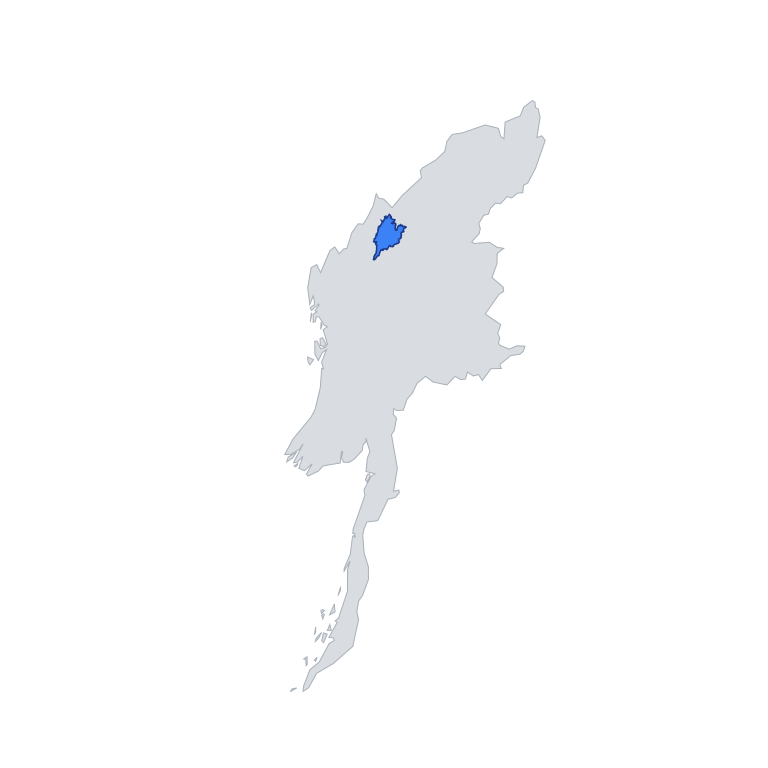 Kale, Sagaing, Myanmar shown in context, rotated 24°
{"feature_id": "60261553B8221618130624", "entity_name": "Kale", "entity_type": "district", "adm_level": 2, "iso_a3": "MMR", "parent_name": "Myanmar", "parent_adm1": "Sagaing", "projection": "equal_earth", "projection_center": [94.431, 22.954], "detail": "fine", "context": "in_parent", "style": "filled", "palette": "blue", "viewbox_px": 768, "rotation_deg": 24, "n_neighbors": 0, "source": "geoboundaries", "source_scale": "gbopen_adm2", "svg_char_len": 9179}
<svg xmlns="http://www.w3.org/2000/svg" viewBox="0 0 768 768"><g transform="rotate(24 384 384)"><path d="M472.4,340.7L466.5,337.0L462.2,340.4L455.5,339.1L456.3,346.4L452.5,348.8L445.8,348.1L441.9,359.3L428.0,362.2L418.9,360.1L413.9,370.0L413.6,381.3L411.2,388.2L412.3,400.0L406.4,403.1L402.8,402.4L404.8,407.9L409.4,410.2L412.3,422.5L411.4,427.2L430.5,455.6L436.3,478.0L440.8,474.9L442.2,477.2L440.4,483.1L434.6,487.7L433.9,511.4L424.5,517.0L424.8,525.0L426.0,530.6L434.5,546.4L444.0,557.2L449.3,568.8L450.4,585.7L449.1,592.7L451.7,602.9L456.6,609.6L462.2,636.4L451.3,660.1L440.1,675.7L438.7,692.2L435.1,697.7L433.4,692.5L432.5,675.2L437.9,664.3L439.5,643.1L443.0,638.6L441.1,636.5L436.7,637.9L438.2,620.9L435.7,620.2L437.7,616.6L434.9,588.2L426.2,568.2L425.0,559.6L423.7,571.2L422.7,568.9L422.4,553.3L417.3,536.2L417.8,534.7L420.1,536.2L418.0,532.3L416.3,533.2L414.8,529.0L411.9,493.7L408.7,488.7L409.8,473.6L412.2,469.7L403.2,471.3L398.9,458.5L398.6,451.5L389.5,440.9L391.1,444.2L389.6,447.8L391.1,453.7L387.4,464.8L383.8,469.9L378.9,471.9L375.0,468.8L374.1,462.9L372.6,462.8L376.1,474.0L361.7,483.6L359.5,490.2L352.1,499.0L349.8,497.9L350.9,486.0L346.6,495.5L340.5,495.7L339.3,483.1L336.8,490.4L333.3,492.7L334.4,471.7L333.4,477.8L327.6,486.1L322.0,488.8L323.2,471.5L330.8,444.1L331.4,435.1L327.3,413.3L320.7,395.0L322.6,394.7L318.1,389.5L317.5,376.0L314.8,380.8L314.5,389.3L308.8,384.9L303.4,373.1L305.5,372.0L311.8,377.6L315.3,374.5L316.3,370.7L306.4,359.2L308.9,354.5L305.7,354.6L297.2,349.1L294.8,350.1L295.9,355.0L294.1,356.4L290.9,348.9L293.3,345.3L291.2,345.2L292.6,338.6L291.8,337.6L287.8,346.3L285.5,344.3L288.1,339.9L287.1,337.3L283.5,332.2L283.8,341.4L275.1,327.0L270.1,307.3L274.0,302.3L280.8,308.1L280.3,284.0L283.2,278.8L290.1,283.1L292.2,277.0L294.9,275.4L293.1,258.8L295.3,248.2L300.0,246.4L301.1,237.8L301.7,226.2L299.5,213.3L303.7,216.4L308.5,215.2L319.7,219.6L323.9,204.6L334.3,180.2L330.4,174.5L331.1,171.1L340.2,158.3L344.9,146.9L342.8,136.7L344.7,128.3L353.1,123.0L371.1,106.2L384.5,103.9L390.1,110.5L393.8,111.1L388.1,95.4L399.4,83.7L399.0,74.5L404.2,64.8L407.2,65.1L410.0,69.9L412.9,69.9L418.2,77.0L423.4,96.6L427.2,93.1L432.2,95.9L434.7,125.0L433.6,141.9L430.6,145.8L433.0,152.8L428.3,155.3L425.1,162.1L420.3,162.6L417.1,172.0L412.3,173.3L409.7,180.6L410.4,186.2L406.5,189.4L405.3,198.9L408.7,202.7L409.8,207.8L406.3,218.5L409.3,218.9L422.5,211.7L431.9,213.1L438.2,211.4L434.3,218.7L438.3,228.2L439.3,242.8L453.4,246.9L455.7,250.7L452.6,255.2L448.0,278.9L466.5,282.3L467.2,291.4L471.1,294.8L471.8,299.9L474.3,301.5L484.2,301.2L489.9,295.0L497.4,292.2L497.9,297.5L496.3,301.3L488.1,306.6L482.7,317.6L482.3,320.0L484.9,322.1L475.5,326.5L472.4,340.7ZM309.0,366.7L314.9,371.1L313.8,374.4L310.1,374.6L307.2,368.8L309.0,366.7ZM428.1,605.1L432.0,612.2L428.2,617.0L428.1,605.1ZM308.4,396.7L305.3,394.1L303.2,390.4L309.8,390.4L308.4,396.7ZM433.8,635.6L434.0,644.9L431.5,643.9L430.0,636.1L433.8,635.6ZM330.8,488.7L326.8,494.7L326.2,489.6L331.7,482.3L330.8,488.7ZM408.4,480.6L405.9,478.8L405.6,473.4L407.5,471.9L409.0,474.5L408.4,480.6ZM426.0,647.1L425.4,643.9L428.0,636.4L427.6,643.0L426.0,647.1ZM424.7,664.5L428.0,671.5L427.4,672.9L424.4,667.4L422.4,667.8L424.7,664.5ZM436.0,630.3L432.5,632.3L432.3,625.8L436.0,630.3ZM428.0,697.1L423.5,703.2L424.1,699.8L428.0,697.1ZM289.8,349.9L291.4,357.4L288.7,348.5L289.8,349.9ZM428.1,590.4L428.0,596.1L426.8,586.8L428.1,590.4ZM303.4,355.2L303.9,359.9L301.4,353.2L303.4,355.2ZM423.7,623.5L421.1,620.7L422.0,618.6L423.3,619.0L423.7,623.5ZM421.8,615.1L420.2,619.0L418.5,616.7L419.8,615.0L421.8,615.1ZM422.3,638.1L422.4,641.5L420.4,633.7L422.3,638.1ZM337.0,495.7L335.1,495.5L337.6,491.7L337.8,493.2L337.0,495.7ZM434.4,665.2L432.7,664.5L434.0,660.8L434.4,665.2Z" fill="#d9dde1" stroke="#a8b0b8" stroke-width="1"/><path d="M316.2,255.8L316.3,255.8L316.3,256.2L316.6,257.0L316.5,257.6L316.6,258.2L317.5,258.2L317.9,258.4L318.3,258.2L318.5,257.8L318.9,257.5L319.2,257.4L319.0,257.1L319.3,257.0L319.4,257.3L319.5,258.3L319.1,258.2L318.9,258.2L318.9,258.4L319.0,258.5L319.4,258.6L319.5,258.8L319.4,259.3L319.4,259.5L319.8,259.9L320.1,259.6L320.3,259.6L320.8,259.8L320.9,260.0L321.3,260.8L321.3,261.2L321.5,261.4L321.6,261.9L321.8,262.6L322.6,264.0L322.7,264.7L323.0,265.6L322.9,266.0L323.1,266.3L323.4,266.6L323.4,267.2L323.5,267.3L323.5,267.7L323.5,268.3L323.4,268.4L323.4,268.7L323.3,269.3L323.0,269.7L323.2,270.1L323.3,270.8L323.0,271.2L323.0,271.4L323.2,271.7L323.2,272.5L323.4,272.8L323.5,273.4L323.8,274.0L323.6,274.4L323.7,274.5L324.1,274.6L324.2,274.2L324.3,274.4L324.7,274.3L324.8,274.1L325.0,273.5L325.3,273.3L325.4,273.1L325.4,272.5L325.7,270.9L325.8,270.5L325.8,269.9L325.9,269.7L326.0,269.4L326.9,269.2L327.0,269.0L327.1,268.8L327.1,268.6L327.0,268.2L327.0,267.7L326.7,265.8L326.7,265.0L326.6,264.5L326.7,264.1L326.7,263.7L326.6,263.4L326.6,263.1L326.8,263.0L327.0,262.8L327.0,262.3L327.2,262.2L327.3,262.2L327.5,262.5L327.7,262.3L327.9,262.3L328.0,262.5L328.7,262.3L328.8,262.1L328.7,261.9L328.8,261.6L328.7,261.4L328.2,261.4L328.2,261.2L328.5,260.9L328.9,261.0L329.2,261.0L329.5,260.5L329.8,260.2L330.1,260.1L330.7,259.6L331.0,259.6L331.2,260.0L331.5,259.9L331.6,260.0L331.7,259.8L331.8,259.9L332.2,259.7L332.2,259.1L332.2,258.7L332.3,258.2L332.5,257.2L332.5,256.3L332.7,255.3L332.8,255.1L333.5,255.1L333.6,255.3L334.2,255.7L335.1,255.3L335.4,254.9L335.7,254.9L335.8,255.0L335.9,254.9L336.1,255.0L336.3,254.9L336.5,254.4L336.3,254.2L336.1,254.1L336.1,253.9L336.4,253.8L336.4,253.6L336.5,253.5L336.6,252.8L336.9,252.4L337.0,251.9L337.2,251.7L337.4,251.7L338.1,251.3L338.2,251.2L338.3,251.0L338.3,250.4L339.1,250.0L339.3,250.1L339.6,249.9L339.9,249.2L340.0,249.0L339.9,248.8L340.0,248.7L339.9,248.6L340.0,248.4L340.0,248.2L339.9,247.4L339.7,247.5L339.4,247.1L338.9,246.9L338.7,246.5L338.7,246.1L338.5,245.8L338.5,245.7L338.9,245.1L339.2,244.8L339.5,244.9L339.8,244.7L340.0,244.2L340.1,243.7L340.1,243.0L340.0,242.8L339.7,242.9L339.5,242.6L339.6,242.4L339.5,242.2L339.6,241.5L339.4,240.8L339.1,240.7L338.8,240.5L338.5,240.5L338.4,240.4L338.5,240.0L338.4,239.5L338.4,239.3L338.3,239.1L338.3,238.7L338.2,238.7L338.2,238.4L338.3,238.3L338.6,238.1L338.9,238.1L339.0,237.9L339.0,237.5L339.1,237.4L339.1,237.1L339.6,237.3L339.8,237.2L340.1,236.8L340.1,236.6L339.6,236.5L339.5,236.1L339.2,235.9L339.2,235.6L339.1,235.4L339.0,234.9L339.1,234.7L339.0,234.4L338.8,234.0L339.0,233.4L339.4,233.1L339.9,232.8L340.2,232.2L340.4,232.0L340.4,231.7L340.2,231.7L339.7,231.8L339.4,231.6L339.2,231.7L339.1,231.8L338.9,231.6L338.6,231.7L338.4,231.9L338.2,231.9L338.1,232.1L337.9,232.1L337.8,232.3L337.4,232.4L337.1,232.2L337.0,232.4L336.9,232.4L336.9,232.2L336.6,232.2L336.3,231.9L336.1,232.2L335.8,231.9L335.4,231.8L335.3,231.7L335.1,231.8L334.8,232.0L334.8,232.3L334.6,232.5L334.5,232.4L334.5,232.7L334.4,232.5L334.3,232.8L334.1,232.6L333.9,232.8L333.8,232.6L333.5,232.7L333.3,232.9L333.3,233.2L333.1,233.3L333.0,233.6L333.0,234.0L332.8,234.4L332.6,234.5L332.8,235.1L332.7,235.6L333.0,237.1L333.2,237.8L332.8,237.9L332.7,238.4L332.3,238.4L332.3,238.6L331.8,238.7L331.6,238.4L331.7,238.2L331.6,237.9L331.5,237.6L331.1,237.3L330.9,237.3L330.9,237.2L330.9,236.9L330.9,236.7L330.7,236.5L330.3,236.1L330.4,235.8L330.2,235.7L330.1,235.4L330.0,235.2L330.1,234.9L330.2,234.6L329.9,234.6L329.9,234.4L329.9,234.2L329.9,233.9L329.9,233.5L329.7,233.1L329.4,232.7L329.0,232.6L328.8,232.8L328.4,232.7L328.2,232.7L327.9,232.8L327.1,233.8L326.8,233.0L326.7,232.9L326.5,233.3L326.3,233.4L326.0,233.9L325.8,234.2L325.5,234.1L326.1,233.1L326.2,232.9L326.2,232.6L326.4,232.2L327.1,231.7L327.2,231.4L327.3,231.2L327.2,230.3L327.3,229.9L327.3,229.6L327.2,229.5L326.7,229.7L325.9,229.7L325.8,229.8L325.3,230.2L324.9,230.1L324.5,230.2L324.3,230.2L324.2,230.0L323.6,229.7L323.2,229.3L322.7,229.6L322.3,229.4L322.2,228.8L322.5,228.3L322.5,228.1L321.5,227.8L321.1,227.4L320.8,227.1L320.6,227.1L320.0,227.4L319.8,227.2L319.7,227.9L319.5,228.5L319.5,228.9L319.5,229.0L319.4,230.4L319.3,230.9L318.8,230.9L318.7,231.0L318.8,231.6L318.8,231.8L318.7,231.9L318.5,231.6L318.5,231.3L318.4,230.7L318.2,230.5L317.7,230.2L317.6,229.9L317.1,230.1L316.9,230.7L316.7,230.9L316.9,231.0L317.1,231.5L317.3,233.0L317.2,233.1L317.4,234.7L317.2,234.9L317.2,235.3L317.2,235.6L317.1,236.0L317.2,236.3L317.1,236.5L317.0,236.9L316.9,236.9L317.0,236.6L316.9,236.5L316.6,235.9L316.3,235.8L316.0,235.9L315.6,235.7L315.4,235.7L316.0,236.1L316.2,236.5L316.5,236.7L316.6,237.4L316.6,238.7L316.7,239.4L316.5,239.6L316.6,239.9L316.5,240.1L316.4,240.3L316.4,240.7L316.2,240.8L316.2,241.5L316.0,241.3L315.7,241.6L315.4,241.7L315.3,241.8L315.5,243.0L315.1,243.2L315.2,243.6L315.3,243.6L315.5,243.6L315.6,243.8L315.5,244.1L315.5,244.3L315.6,244.5L315.7,244.8L315.9,244.9L315.9,245.0L315.7,245.3L315.8,245.9L315.9,246.2L316.1,246.4L316.3,246.4L316.5,247.0L316.6,247.3L316.5,247.6L316.5,248.1L316.5,248.9L316.4,249.0L316.5,249.3L316.4,249.4L316.5,249.9L316.3,250.0L316.2,250.1L316.5,250.3L316.9,250.3L317.0,250.4L316.9,250.6L317.1,250.9L317.0,251.0L316.6,251.2L316.3,251.0L316.2,251.1L316.3,251.7L316.3,251.8L316.5,251.9L316.7,252.3L316.7,252.5L316.5,252.9L316.7,253.2L316.7,253.5L316.9,254.3L316.8,254.8L316.2,254.9L316.1,255.0L316.2,255.8Z" fill="#3b82f6" stroke="#1e3a8a" stroke-width="1.5"/></g></svg>